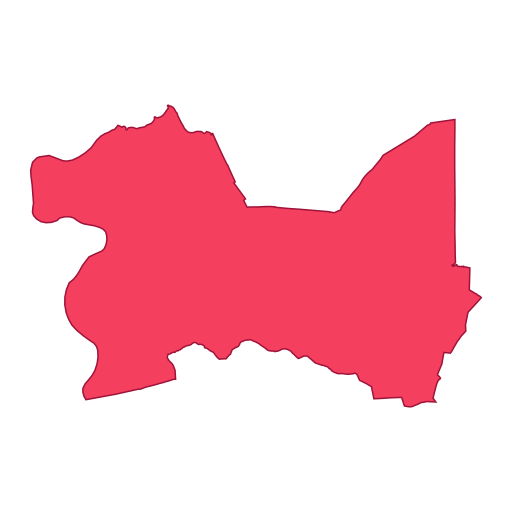 Negri, Bacau, Romania
{"feature_id": "2599482B87811792922311", "entity_name": "Negri", "entity_type": "district", "adm_level": 2, "iso_a3": "ROU", "parent_name": "Romania", "parent_adm1": "Bacau", "projection": "orthographic", "projection_center": [26.996, 46.704], "detail": "fine", "context": "isolated", "style": "filled", "palette": "rose", "viewbox_px": 512, "rotation_deg": 0, "n_neighbors": 0, "source": "geoboundaries", "source_scale": "gbopen_adm2", "svg_char_len": 6041}
<svg xmlns="http://www.w3.org/2000/svg" viewBox="0 0 512 512"><path d="M435.8,402.0L433.0,398.1L434.9,390.7L436.2,385.7L437.0,383.2L438.3,380.4L438.8,379.7L439.6,379.5L440.5,378.1L440.0,377.6L439.5,376.7L438.3,375.7L437.9,375.3L437.5,374.6L438.6,371.8L439.6,369.4L441.8,364.2L442.0,363.3L442.8,358.4L443.9,352.5L450.5,353.1L452.3,350.4L454.0,347.2L456.0,343.8L457.4,341.3L459.0,339.3L461.0,336.3L465.8,331.1L465.5,324.9L468.0,312.3L476.5,303.0L479.3,299.9L481.3,297.6L480.4,296.7L479.8,296.2L478.9,295.7L477.9,295.4L477.0,294.3L474.4,293.0L472.6,291.8L469.3,289.9L469.9,268.0L468.7,267.6L468.4,267.7L467.2,267.3L466.1,267.0L464.4,267.0L464.0,267.1L463.9,267.1L463.8,266.8L463.8,266.5L463.8,266.3L463.6,266.2L463.4,266.2L462.4,266.6L462.0,266.6L461.6,266.4L461.1,266.4L460.5,266.6L460.0,266.6L459.0,266.3L457.7,266.4L457.0,265.6L457.0,265.2L456.9,264.9L456.8,264.7L456.3,264.7L455.8,264.9L455.5,265.2L455.1,265.5L454.5,265.7L453.0,266.4L452.7,266.2L452.5,265.7L452.1,265.5L452.0,265.2L454.2,264.1L455.5,262.7L455.4,259.8L455.2,255.3L455.1,245.1L454.8,231.7L455.0,202.3L454.9,201.3L455.0,200.2L454.7,164.9L454.7,147.5L454.8,137.0L454.9,128.3L454.9,123.3L454.9,119.5L430.6,123.0L430.5,123.7L429.5,124.5L428.3,125.1L427.6,125.1L414.6,136.1L383.1,155.3L380.5,159.3L375.9,164.9L374.3,166.8L372.9,168.6L371.8,169.8L370.8,170.5L368.4,172.6L365.6,175.5L363.2,178.5L361.8,180.8L360.3,183.7L358.0,187.1L356.0,189.4L353.6,191.9L345.5,202.2L342.5,205.7L341.4,207.4L341.1,208.0L341.0,209.3L340.9,209.7L340.3,210.2L339.5,210.4L337.9,211.0L335.9,212.0L334.5,212.6L333.3,212.6L332.0,212.3L330.5,212.1L329.6,212.1L329.2,211.7L300.3,209.3L290.0,208.6L285.3,208.2L275.8,207.3L275.5,206.9L270.3,206.5L263.8,206.6L259.8,206.9L249.9,207.0L247.0,207.1L244.7,202.4L243.7,200.3L245.5,198.9L233.9,183.0L235.2,181.9L231.9,174.7L227.6,165.0L227.1,164.6L223.9,158.1L219.1,147.9L217.5,144.4L212.7,133.5L212.1,133.5L211.9,134.3L211.7,134.9L211.2,134.8L210.7,133.6L209.8,132.6L206.5,131.6L205.7,132.7L205.2,133.1L204.3,133.4L203.7,133.2L202.2,132.1L201.0,131.5L199.2,131.5L198.0,131.3L195.5,131.7L193.8,132.5L191.9,132.7L190.1,132.6L187.5,131.8L184.3,128.3L183.4,126.3L181.9,123.7L181.0,122.2L177.9,115.9L177.1,113.2L175.6,111.5L174.8,109.8L174.0,108.5L173.0,107.4L170.8,106.1L169.7,106.1L168.3,105.2L167.5,105.5L168.4,107.9L164.0,114.1L162.4,115.7L160.8,116.8L156.9,118.0L155.0,116.8L154.3,117.3L154.5,119.2L153.1,121.6L151.3,123.4L149.1,124.3L147.0,125.0L144.8,126.8L140.7,127.6L139.0,127.8L138.4,128.3L137.7,128.5L136.5,128.6L135.0,128.2L133.6,127.6L132.0,127.4L130.7,127.4L128.3,127.9L127.9,128.4L127.2,129.6L126.3,129.9L126.0,129.3L125.9,128.5L125.9,127.9L125.2,126.9L124.5,126.5L123.5,126.3L122.9,126.6L122.2,127.2L118.0,125.3L116.9,126.7L114.8,129.2L111.6,130.4L108.6,132.3L104.9,133.7L100.8,136.2L96.7,140.2L91.2,147.7L85.2,152.9L78.9,157.0L72.4,160.1L66.8,161.1L63.1,160.8L49.1,155.5L39.4,156.9L36.8,158.0L32.6,162.2L30.7,169.9L31.0,176.1L32.1,184.3L33.1,197.8L33.5,203.2L32.8,208.0L32.5,212.4L33.6,215.6L36.5,218.9L41.1,221.7L46.1,222.7L51.4,222.4L57.1,220.5L59.8,218.0L64.8,216.8L69.7,216.8L73.6,217.9L76.9,220.3L80.8,222.7L84.0,223.9L94.9,225.9L99.8,227.5L103.3,229.3L105.6,231.8L106.7,235.5L106.9,239.9L106.0,244.8L104.1,248.9L101.9,251.0L96.0,253.6L89.1,256.8L86.0,260.8L82.5,265.5L79.8,270.4L77.1,274.9L73.5,279.3L69.7,282.4L69.3,282.6L66.4,289.7L64.9,297.1L64.8,304.7L65.6,309.3L66.2,312.7L68.2,318.1L69.1,320.1L72.0,325.2L77.3,330.8L84.0,336.3L89.9,340.5L94.0,343.2L96.6,346.6L97.8,350.7L98.0,357.1L97.2,363.0L96.0,367.2L94.7,370.9L92.2,375.3L89.3,379.0L85.1,383.9L82.9,388.4L82.9,392.2L83.9,396.0L85.9,399.7L116.3,394.1L120.3,393.2L138.6,389.1L140.3,389.2L145.6,387.2L149.1,386.3L151.3,385.8L157.2,384.2L160.1,383.3L163.8,382.4L165.6,381.7L167.5,381.3L170.3,380.4L171.8,379.8L173.8,379.3L174.5,379.2L175.6,379.3L175.1,371.0L175.0,370.2L174.7,369.3L173.7,366.6L173.1,365.3L172.3,364.0L170.5,362.1L168.4,360.1L168.5,359.5L167.7,358.6L167.3,357.7L167.3,356.8L168.1,354.2L169.4,354.1L170.2,353.8L171.0,353.4L172.0,352.7L172.8,352.4L173.6,352.2L174.5,352.4L175.1,352.2L175.5,351.9L176.0,351.3L176.4,351.0L177.0,351.0L177.3,350.8L177.7,350.7L178.1,350.8L179.1,350.0L180.1,349.8L181.1,349.0L182.3,348.2L182.9,347.6L183.2,347.3L184.5,346.9L185.3,346.5L186.4,345.7L188.2,345.6L191.0,344.6L191.5,344.1L192.3,343.5L193.6,342.7L194.0,342.5L195.2,342.4L196.0,342.9L196.8,343.2L197.4,343.9L197.7,344.0L198.8,344.5L200.1,344.3L201.4,344.4L202.8,345.0L204.3,346.0L204.7,346.8L204.5,347.3L204.9,347.9L206.6,348.2L207.0,348.4L208.6,349.5L209.4,350.2L210.1,350.7L210.8,350.9L211.1,351.2L211.2,351.4L212.5,351.8L213.6,352.5L215.2,354.8L217.2,357.4L218.2,358.2L219.0,359.0L219.6,359.3L220.1,359.2L220.8,358.9L221.2,358.9L223.0,359.0L223.5,358.8L223.8,358.7L225.7,358.9L226.0,358.8L226.7,358.1L228.0,356.5L228.8,355.5L230.1,354.5L230.7,353.8L230.8,353.3L231.9,350.4L232.2,349.8L232.5,349.4L233.6,348.8L235.4,347.7L236.5,347.3L238.4,346.4L238.9,345.5L239.6,344.4L239.7,343.8L240.2,342.8L240.9,342.0L244.0,340.8L245.1,340.2L245.9,340.1L248.1,340.1L248.7,339.9L249.4,339.9L250.4,339.7L251.0,339.8L251.8,340.3L253.5,341.1L255.1,341.7L255.5,341.9L256.2,342.1L256.4,342.3L259.1,343.8L260.9,345.3L262.2,346.1L264.8,347.8L267.5,350.1L268.4,350.5L270.3,350.9L272.0,351.1L272.7,351.0L273.8,351.1L274.4,351.4L274.9,351.6L275.7,351.5L276.3,351.3L277.3,351.2L278.8,350.8L282.2,349.1L284.1,348.8L286.5,349.1L289.6,350.3L291.0,351.4L292.6,353.3L293.9,354.2L295.5,356.0L298.2,358.5L299.2,358.3L303.7,356.1L307.2,356.0L310.9,359.1L315.2,362.9L322.0,365.3L323.3,365.3L324.8,366.0L327.7,366.9L329.4,368.8L330.3,368.9L331.9,371.0L334.7,372.5L338.2,373.7L342.3,373.6L347.5,374.3L351.4,374.0L353.6,373.7L354.3,373.2L354.8,373.2L356.2,373.7L357.1,374.7L359.6,380.3L366.1,383.5L371.4,386.6L373.9,398.8L382.0,398.4L390.4,397.8L401.5,397.4L401.9,398.2L404.4,406.0L404.6,406.0L407.7,406.6L409.3,406.8L410.5,406.8L411.9,406.6L413.4,406.1L414.5,405.5L418.0,404.2L420.8,402.7L422.1,402.4L423.9,402.3L424.9,402.0L425.6,401.7L427.6,401.6L435.8,402.0Z" fill="#f43f5e" stroke="#9f1239" stroke-width="1.5"/></svg>